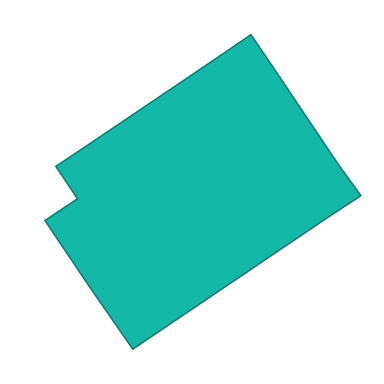 the district of Clark, Wisconsin, United States of America, rotated 56°
{"feature_id": "52423323B98849496539352", "entity_name": "Clark", "entity_type": "district", "adm_level": 2, "iso_a3": "USA", "parent_name": "United States of America", "parent_adm1": "Wisconsin", "projection": "mercator", "projection_center": [-90.632, 44.728], "detail": "fine", "context": "isolated", "style": "filled", "palette": "teal", "viewbox_px": 384, "rotation_deg": 56, "n_neighbors": 0, "source": "geoboundaries", "source_scale": "gbopen_adm2", "svg_char_len": 359}
<svg xmlns="http://www.w3.org/2000/svg" viewBox="0 0 384 384"><g transform="rotate(56 192 192)"><path d="M289.5,54.0L251.5,55.3L211.9,55.2L134.0,55.0L94.5,55.2L94.7,81.4L94.7,94.5L94.8,133.9L94.8,251.7L94.6,290.6L133.5,290.7L133.4,329.9L211.4,330.0L289.2,329.0L289.1,211.7L289.0,90.5L289.5,54.0Z" fill="#14b8a6" stroke="#0f766e" stroke-width="1.5"/></g></svg>